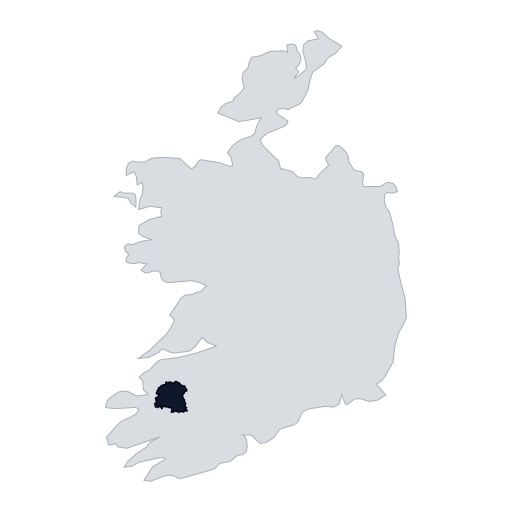 Castleisland Lea-4, Kerry, Ireland shown in context
{"feature_id": "5873133B10619392934553", "entity_name": "Castleisland Lea-4", "entity_type": "district", "adm_level": 2, "iso_a3": "IRL", "parent_name": "Ireland", "parent_adm1": "Kerry", "projection": "mercator", "projection_center": [-9.401, 52.23], "detail": "fine", "context": "in_parent", "style": "filled", "palette": "ink", "viewbox_px": 512, "rotation_deg": 0, "n_neighbors": 0, "source": "geoboundaries", "source_scale": "gbopen_adm2", "svg_char_len": 8468}
<svg xmlns="http://www.w3.org/2000/svg" viewBox="0 0 512 512"><path d="M324.2,63.8L313.3,71.6L311.7,74.5L308.6,86.3L308.2,89.6L301.4,102.7L297.5,105.3L291.8,107.5L288.5,109.6L284.4,108.5L279.2,108.7L276.6,111.0L276.7,112.8L278.2,114.8L287.9,120.8L287.3,123.3L284.6,126.1L267.3,133.1L262.2,137.3L260.4,140.1L262.2,144.8L276.0,158.7L278.4,160.2L280.4,168.3L292.5,171.6L297.5,176.7L301.8,177.9L311.1,177.5L314.8,179.3L317.0,177.9L318.2,175.3L328.6,165.4L325.4,158.1L335.9,145.5L338.8,145.7L343.7,149.5L347.8,154.8L349.1,162.0L352.9,168.4L355.4,170.6L362.1,171.9L363.7,174.4L362.5,183.6L363.5,186.7L380.5,186.5L387.3,182.4L393.2,183.2L396.1,187.3L397.4,191.6L392.3,193.2L387.0,192.3L384.5,195.1L384.3,200.5L386.1,207.4L389.6,212.3L392.5,223.3L394.8,235.5L398.5,242.9L399.2,252.0L398.7,256.5L399.3,264.5L397.8,267.3L399.0,274.9L405.1,299.0L406.4,317.8L403.3,324.8L399.2,331.5L396.6,339.4L394.5,347.9L393.3,361.5L384.4,377.5L380.7,381.5L376.3,383.9L385.8,395.0L378.1,400.0L369.6,401.5L360.2,398.7L354.3,399.1L346.9,404.8L345.2,403.8L341.7,394.7L339.1,404.1L333.7,407.1L324.4,406.4L308.9,408.9L303.0,411.6L300.5,415.8L298.7,420.6L296.2,423.5L293.5,425.0L281.6,428.5L279.2,429.9L273.7,437.7L266.4,442.2L260.4,443.5L255.1,439.0L252.9,436.3L250.4,434.9L242.2,435.1L244.8,436.5L246.5,439.7L247.3,445.8L246.3,451.8L242.3,454.8L237.5,455.4L229.8,461.6L219.8,463.3L214.3,469.0L181.0,478.6L179.1,478.7L174.5,476.2L169.6,475.2L164.6,475.9L150.6,481.3L143.9,480.2L152.5,466.9L164.1,460.1L165.3,458.3L161.5,457.4L139.5,462.1L131.9,466.1L124.2,467.2L127.8,461.1L137.6,452.8L146.1,447.3L149.8,442.3L160.2,436.7L126.7,448.3L117.9,446.9L115.9,443.7L109.0,445.2L106.4,437.4L116.6,425.6L122.5,420.5L129.5,417.7L136.3,413.8L138.8,408.9L135.6,407.4L115.3,408.6L105.6,407.6L106.2,403.7L108.0,399.5L118.0,392.2L123.4,391.0L128.3,391.7L136.9,396.0L148.2,394.6L143.5,390.0L142.7,380.5L139.0,377.3L143.7,372.9L149.0,370.2L157.9,361.1L161.1,359.7L178.6,357.5L197.6,352.7L216.4,346.0L206.8,342.3L202.1,337.4L194.7,347.3L189.4,351.1L174.3,353.1L169.5,352.0L162.8,348.9L160.7,350.1L158.8,352.5L148.8,357.3L138.3,358.5L150.5,349.6L166.0,334.5L169.4,329.7L174.3,321.3L172.8,317.6L169.6,315.5L180.8,298.3L184.8,295.2L192.0,294.6L197.3,291.9L199.6,291.9L201.7,290.9L206.3,285.7L199.2,282.4L191.8,280.7L169.0,282.5L166.0,282.1L163.2,280.5L161.4,278.2L160.0,272.3L158.3,271.0L153.2,271.0L148.1,272.8L144.6,272.6L141.1,270.1L146.6,264.0L139.5,262.6L132.3,263.8L126.2,262.0L126.1,258.2L128.8,254.4L125.2,250.8L124.5,246.2L128.3,244.0L132.4,244.7L140.9,241.4L151.8,239.7L142.5,236.4L138.8,233.6L138.6,229.2L139.3,225.5L150.1,219.1L161.6,216.4L160.8,212.2L161.6,207.7L149.9,206.3L138.5,209.5L139.7,200.9L142.4,193.1L143.0,187.9L142.4,182.4L137.1,184.8L136.4,177.0L134.1,171.6L126.2,175.3L126.4,168.2L128.7,163.3L132.8,161.1L137.0,162.0L144.6,162.0L152.0,158.2L162.7,157.3L179.7,158.4L191.4,168.9L194.4,167.1L199.1,160.4L201.3,159.7L218.9,162.6L229.9,166.4L232.8,165.2L231.2,157.9L227.4,152.7L232.2,146.0L237.9,141.5L241.8,139.2L250.6,136.4L254.5,133.7L257.1,125.1L261.2,117.9L238.9,121.6L217.7,113.0L221.1,107.0L225.6,103.5L233.3,100.9L234.0,97.7L237.9,95.1L244.4,88.1L242.0,79.1L243.3,72.4L247.9,68.1L249.4,61.9L251.5,57.3L260.9,55.6L270.0,51.4L284.0,50.8L287.6,52.5L286.8,44.9L293.3,44.0L295.9,45.5L297.0,50.8L300.0,54.2L301.0,60.2L298.9,64.8L295.6,68.3L298.7,71.9L293.9,78.4L299.0,75.6L306.3,69.2L306.0,64.0L304.7,57.5L302.7,51.5L303.6,45.0L307.7,40.9L318.5,38.8L314.1,31.4L318.0,30.7L322.3,32.3L328.6,38.1L342.0,46.2L335.4,53.4L327.4,58.4L324.2,63.8ZM136.1,203.8L135.8,207.1L130.7,202.9L128.2,198.3L114.2,196.2L120.1,191.6L122.9,193.0L132.8,193.2L135.6,195.1L136.1,203.8Z" fill="#d9dde1" stroke="#a8b0b8" stroke-width="1"/><path d="M186.5,389.2L185.9,388.9L185.6,388.6L185.4,388.1L185.4,387.8L185.2,387.5L185.1,387.0L184.9,386.6L184.5,386.5L184.4,386.4L184.4,386.2L184.2,386.3L184.3,386.4L184.1,386.5L184.1,386.4L184.1,386.0L183.8,386.0L183.5,386.2L183.1,385.9L182.9,385.9L182.7,385.7L182.4,385.5L182.0,385.5L181.8,385.3L181.5,385.3L181.1,385.2L180.8,385.3L180.7,385.2L180.8,385.1L180.7,384.9L180.2,384.4L180.1,384.2L179.8,383.9L179.8,383.6L179.5,383.4L179.4,383.2L179.2,383.4L178.9,383.1L178.7,382.8L178.1,382.9L178.0,382.5L177.5,382.1L177.3,382.0L177.1,382.0L176.9,381.9L176.6,381.8L176.1,381.4L175.6,381.5L175.3,381.6L174.9,381.8L174.6,382.3L174.5,382.5L174.6,382.8L174.8,383.0L174.4,383.1L174.0,383.0L173.4,383.1L173.0,382.9L172.9,383.1L172.8,383.7L173.1,384.3L172.9,384.4L172.5,383.9L172.2,384.0L172.1,383.2L171.6,382.7L171.2,382.6L171.1,382.4L170.8,382.2L170.6,382.1L170.4,382.2L170.2,382.0L169.0,382.3L168.9,382.3L168.9,382.5L168.7,382.4L168.2,382.7L167.8,382.7L167.6,382.8L167.4,382.7L167.0,382.6L166.7,382.1L165.7,382.4L165.7,382.7L166.0,383.4L166.5,383.4L166.5,383.5L166.3,383.7L165.8,384.0L165.5,384.5L165.0,384.6L164.4,384.9L164.1,384.9L163.4,384.7L162.9,385.2L162.6,385.4L162.2,385.5L161.2,385.6L161.3,385.9L161.5,386.7L160.7,386.9L160.2,387.1L159.0,387.5L159.0,387.9L158.7,388.1L158.7,388.3L158.6,388.2L158.5,388.4L158.5,388.5L158.4,388.6L158.3,389.1L158.2,389.2L158.4,389.4L158.3,389.7L157.9,389.7L157.7,390.0L157.6,390.5L157.2,390.8L157.1,391.1L157.1,391.4L157.2,391.7L157.1,392.5L156.6,392.5L156.5,392.8L156.7,393.0L156.5,393.4L156.6,393.7L156.9,393.7L157.2,393.8L157.4,393.9L157.4,394.0L157.8,394.1L158.0,394.1L158.2,393.7L158.6,393.7L159.2,393.9L159.3,393.9L159.3,394.1L159.2,394.1L159.2,394.3L159.0,394.8L159.0,395.0L158.9,395.0L159.0,395.1L158.8,395.4L158.9,395.5L158.7,395.7L158.5,395.8L158.2,396.1L158.0,396.5L158.0,396.8L158.0,397.1L157.9,397.5L157.4,397.5L157.1,397.3L156.6,397.6L156.1,397.5L155.9,397.9L155.5,398.4L156.0,399.9L156.1,400.0L156.2,400.3L156.2,400.6L156.2,400.8L156.2,401.4L156.3,401.7L156.2,401.8L156.3,402.0L156.2,403.1L155.8,403.2L155.5,403.3L155.2,403.7L154.9,403.6L155.0,403.7L155.0,403.8L154.8,403.6L154.7,403.7L154.7,403.8L155.1,404.3L155.0,404.5L155.1,404.9L155.1,405.0L155.2,405.3L155.3,405.7L155.4,405.9L155.4,406.2L155.4,406.3L155.5,406.5L155.5,407.0L156.6,407.0L157.1,407.1L157.4,407.3L157.4,407.2L157.7,407.2L157.8,407.3L158.0,407.2L158.6,406.8L159.1,406.6L159.4,406.7L159.6,406.4L159.7,406.2L159.9,406.0L160.4,405.7L160.4,405.8L160.3,406.1L160.5,406.4L160.6,406.5L160.8,407.0L161.3,407.7L161.3,407.9L161.8,408.6L162.0,408.6L162.1,408.4L162.1,408.0L162.5,407.2L162.9,407.0L163.0,406.6L162.9,406.3L162.8,406.2L163.6,406.2L163.7,406.3L164.1,406.3L165.1,406.8L165.5,406.7L165.9,406.8L166.2,406.7L167.4,406.9L167.9,407.1L168.1,407.4L168.4,407.5L169.3,407.5L170.2,407.8L170.6,407.6L171.0,407.6L171.5,408.1L171.9,408.6L171.8,408.9L171.9,409.7L171.8,410.1L171.8,410.3L172.0,410.8L171.7,411.1L171.6,411.4L171.4,411.5L171.4,411.8L171.3,412.0L171.7,412.1L171.9,412.1L172.1,412.2L172.6,412.1L172.8,412.0L173.4,412.0L173.6,412.0L173.8,411.5L174.1,411.4L174.4,411.0L174.6,410.8L175.1,410.9L175.2,411.0L175.6,411.1L175.9,411.5L176.2,411.6L176.4,411.4L176.5,411.3L177.1,411.4L177.6,411.6L178.1,411.4L178.3,411.5L178.6,411.5L178.8,411.8L179.0,411.9L179.0,412.0L179.1,411.9L179.7,411.9L180.2,411.8L180.6,411.8L181.2,411.6L181.9,411.3L182.7,411.0L183.1,411.2L183.2,411.7L183.4,411.9L183.4,412.1L183.5,412.1L183.6,411.8L184.0,411.4L184.5,411.2L184.3,410.7L184.9,410.5L185.4,410.6L185.7,410.7L185.9,410.7L186.0,410.7L186.2,410.8L186.5,410.8L186.8,410.8L186.9,411.0L187.0,411.0L187.1,410.9L187.0,410.7L186.9,410.6L186.9,410.3L186.8,410.2L186.5,410.2L186.4,410.2L186.5,410.2L186.3,410.0L186.2,409.8L186.2,409.5L186.2,409.4L186.2,409.6L186.0,409.4L185.8,409.3L185.9,409.2L185.8,408.9L185.7,408.8L185.9,408.7L185.9,408.4L185.7,408.1L185.9,408.0L185.5,407.9L185.5,407.7L185.5,407.4L185.4,407.3L185.3,407.2L185.2,407.0L185.2,406.9L185.2,407.0L185.3,406.9L185.2,406.8L185.2,406.7L185.3,406.7L185.2,406.6L184.9,406.3L184.9,406.1L185.0,406.1L185.0,405.9L185.0,405.6L185.1,405.4L185.3,405.0L185.3,404.9L185.3,404.7L185.5,404.3L185.5,404.2L185.3,403.9L185.3,403.7L185.4,403.4L185.4,403.2L185.5,402.9L184.7,402.5L184.7,402.4L184.6,402.2L184.4,401.9L184.4,401.7L184.5,401.1L184.5,400.8L184.4,400.9L184.3,400.7L184.3,400.4L184.3,400.2L184.2,400.2L184.1,399.9L184.1,399.7L183.8,399.0L183.6,398.9L183.4,398.9L183.2,398.7L183.3,398.4L183.3,398.2L183.2,398.1L183.2,397.9L182.9,397.3L182.4,396.9L182.6,396.7L182.6,396.2L182.8,394.7L182.6,394.1L184.1,393.2L184.4,393.0L184.5,392.7L184.4,392.6L184.2,391.8L184.3,391.5L184.4,391.4L186.1,391.0L186.6,391.0L186.7,390.9L186.8,390.6L186.8,390.4L186.9,390.1L186.8,389.9L186.5,389.5L186.5,389.2Z" fill="#0f172a" stroke="#020617" stroke-width="1.5"/></svg>